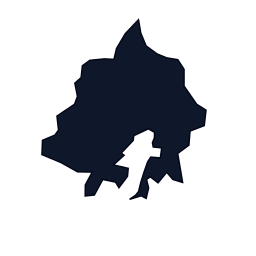 outline of Namangan, Namangan, Uzbekistan, rotated 139°
{"feature_id": "79887680B99414619772230", "entity_name": "Namangan", "entity_type": "district", "adm_level": 2, "iso_a3": "UZB", "parent_name": "Uzbekistan", "parent_adm1": "Namangan", "projection": "orthographic", "projection_center": [71.641, 40.967], "detail": "fine", "context": "isolated", "style": "filled", "palette": "ink", "viewbox_px": 256, "rotation_deg": 139, "n_neighbors": 0, "source": "geoboundaries", "source_scale": "gbopen_adm2", "svg_char_len": 954}
<svg xmlns="http://www.w3.org/2000/svg" viewBox="0 0 256 256"><g transform="rotate(139 128 128)"><path d="M188.0,170.6L200.6,174.8L210.4,164.4L201.2,145.8L194.8,128.0L183.9,118.2L197.6,113.0L204.9,104.8L197.4,99.5L180.8,105.7L172.9,95.3L174.0,88.9L160.2,91.8L154.3,97.4L163.2,109.7L148.8,110.0L149.7,113.5L132.3,115.2L128.6,118.4L113.2,114.0L110.8,107.3L114.6,103.2L119.2,100.9L121.4,97.1L115.6,90.9L123.2,84.2L129.9,91.1L135.5,89.5L144.8,84.2L154.1,78.5L161.7,73.1L166.3,72.3L173.6,73.1L162.5,68.2L160.5,63.0L151.8,69.2L147.8,77.0L143.2,76.6L141.3,66.9L127.8,69.2L127.9,59.7L122.5,51.1L107.2,76.2L93.3,75.1L83.2,85.0L68.9,79.8L57.4,90.3L60.6,100.8L58.2,122.9L47.2,135.5L45.6,146.9L52.9,155.7L57.5,164.9L60.5,178.0L56.1,191.2L49.1,202.8L68.0,201.0L84.4,195.6L93.6,189.0L100.4,195.6L112.4,204.1L121.6,204.9L130.3,196.8L138.7,196.7L145.4,185.0L152.8,181.0L173.8,183.6L181.8,172.0L188.0,170.6Z" fill="#0f172a" stroke="#020617" stroke-width="1.5"/></g></svg>